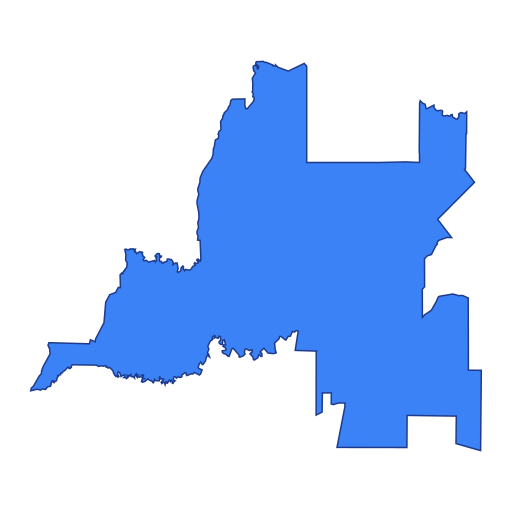 outline of Santa María, Córdoba, Argentina
{"feature_id": "61730980B95109119515520", "entity_name": "Santa María", "entity_type": "district", "adm_level": 2, "iso_a3": "ARG", "parent_name": "Argentina", "parent_adm1": "Córdoba", "projection": "equal_earth", "projection_center": [-64.536, -31.682], "detail": "fine", "context": "isolated", "style": "filled", "palette": "blue", "viewbox_px": 512, "rotation_deg": 0, "n_neighbors": 0, "source": "geoboundaries", "source_scale": "gbopen_adm2", "svg_char_len": 6052}
<svg xmlns="http://www.w3.org/2000/svg" viewBox="0 0 512 512"><path d="M124.8,249.5L125.9,254.9L125.6,259.7L126.2,261.4L127.2,262.4L126.8,267.3L124.8,269.6L124.8,270.7L123.7,271.0L122.8,273.8L122.0,273.7L121.8,273.0L120.1,274.8L120.4,287.6L118.3,287.4L115.6,292.5L109.7,294.7L105.7,302.2L104.0,322.7L95.5,339.1L95.2,341.8L90.4,339.8L89.4,343.8L48.9,342.7L48.0,345.2L49.6,349.0L50.1,353.8L43.1,366.7L41.7,370.5L41.2,374.0L39.3,375.9L33.5,386.1L31.3,388.2L30.7,390.8L37.2,389.2L40.5,390.1L42.6,388.9L45.5,389.5L47.5,386.9L50.4,386.3L51.2,384.1L51.0,383.0L52.3,381.6L52.3,380.8L53.5,381.0L53.3,382.1L54.1,382.7L55.3,381.1L56.5,380.8L57.2,377.4L58.4,376.2L57.9,375.5L60.7,374.6L60.7,373.2L62.3,372.9L63.2,371.3L64.7,370.7L67.8,367.2L68.9,367.2L68.9,368.4L69.9,368.6L71.3,367.4L71.6,365.5L72.4,364.8L96.5,365.1L98.3,366.4L101.9,365.8L103.6,366.3L105.5,365.6L106.5,366.3L106.2,367.1L107.6,367.0L108.0,368.0L110.0,367.7L113.1,371.0L113.4,372.6L114.9,375.4L115.6,375.3L115.9,376.5L117.3,376.0L117.9,377.2L118.9,376.6L117.7,374.2L117.7,372.7L118.6,371.9L119.7,372.7L121.1,376.6L122.5,375.5L124.6,375.0L124.6,376.8L123.9,377.5L126.0,377.5L126.3,378.6L127.0,378.4L127.5,376.6L128.1,377.2L128.6,376.5L127.4,375.3L130.0,375.9L130.0,374.9L131.1,374.5L130.9,375.9L131.6,376.7L133.3,376.8L134.5,378.0L134.3,376.5L136.3,373.7L136.9,374.6L136.5,375.4L137.8,375.3L136.4,376.3L137.5,377.6L137.9,377.0L139.9,377.1L142.6,374.7L143.5,375.2L143.6,375.8L142.0,377.5L144.0,378.6L142.5,378.8L141.8,380.1L141.5,381.4L142.3,381.2L142.5,382.2L145.0,381.4L147.8,379.0L150.3,380.7L151.4,380.6L153.2,382.8L153.8,382.3L153.7,381.1L154.5,380.6L154.6,379.4L155.9,380.7L159.1,380.9L159.6,376.3L160.7,379.1L163.1,378.7L163.7,379.4L161.1,382.2L161.8,383.6L163.6,382.1L164.5,382.7L165.1,384.7L165.9,382.0L166.6,381.7L166.8,383.0L167.4,383.2L169.5,380.0L170.6,381.6L171.4,380.3L172.5,381.6L172.2,383.0L173.0,383.4L174.3,381.2L175.1,380.8L173.8,380.1L173.3,378.9L174.2,376.6L175.7,376.9L176.3,378.2L178.5,376.6L179.6,377.5L181.3,377.2L181.9,376.7L181.7,375.3L185.0,372.6L186.4,373.2L186.1,374.4L186.8,375.6L191.3,373.8L192.9,374.0L194.5,372.5L199.3,375.0L200.6,374.0L202.1,369.9L198.7,368.3L198.2,366.9L199.4,363.8L200.8,362.0L202.3,364.6L203.1,364.4L205.4,361.1L206.4,357.1L207.6,355.4L209.5,356.9L209.1,355.7L207.8,355.1L207.7,354.0L208.4,353.9L207.4,352.9L208.9,349.0L207.9,346.8L208.1,345.7L210.3,341.0L212.3,339.8L212.5,336.7L214.8,335.6L215.0,336.5L214.2,338.1L215.5,337.4L218.2,338.3L219.2,336.1L220.4,336.8L220.7,339.9L219.2,341.6L219.0,342.8L220.6,344.4L222.3,344.4L222.8,340.3L224.3,339.8L225.6,344.9L223.5,344.9L223.0,346.4L225.4,347.7L226.2,349.7L225.2,350.4L222.2,350.8L222.4,352.4L223.7,353.6L225.8,354.2L228.1,356.3L229.1,356.4L231.9,348.9L233.1,348.2L238.7,354.6L239.2,355.4L239.0,356.8L239.9,357.2L243.4,355.8L245.1,353.9L244.3,352.2L245.1,349.3L246.0,348.8L249.5,350.6L252.0,349.8L252.3,351.4L251.7,352.1L251.8,352.8L251.0,352.8L250.0,353.9L252.9,357.0L253.4,359.6L254.5,360.0L257.9,357.7L258.4,355.2L259.2,354.5L260.9,356.5L261.9,356.3L261.9,353.5L260.2,351.9L263.9,348.2L268.0,353.1L273.6,353.6L275.9,353.1L276.2,352.6L275.2,349.7L274.6,343.0L279.0,338.9L279.6,336.4L280.9,336.3L285.2,339.9L286.0,339.9L288.1,336.4L290.3,336.2L292.5,331.4L294.4,332.1L296.2,330.5L298.2,331.3L295.2,350.4L316.6,351.1L316.2,351.8L316.1,415.1L322.1,412.1L322.4,392.9L331.3,392.9L331.2,404.0L333.2,404.6L338.4,403.0L344.9,403.0L344.9,406.7L337.0,447.4L406.9,447.5L407.1,415.4L456.3,416.1L456.0,443.6L480.6,450.6L481.3,370.3L468.4,370.2L468.2,298.0L462.6,295.5L458.4,295.6L452.9,294.0L439.3,296.3L438.1,297.2L436.6,301.0L431.3,310.3L424.6,314.8L422.4,317.4L422.3,289.3L424.6,286.8L424.5,258.9L427.0,256.0L431.4,254.5L436.1,245.3L437.2,244.4L437.1,242.7L438.5,240.5L446.8,237.5L451.6,237.6L437.6,219.3L474.5,182.3L464.5,169.4L465.5,168.7L466.0,133.8L466.6,133.6L466.7,111.8L464.6,113.5L461.0,112.5L458.8,113.8L458.8,116.6L457.5,118.9L456.4,119.2L452.6,117.0L452.1,114.5L451.1,114.7L449.7,116.4L447.4,115.4L444.2,116.1L442.3,115.1L442.1,113.8L442.7,111.7L442.2,110.7L441.6,110.3L436.5,110.7L434.0,107.6L434.0,105.1L426.6,108.8L425.7,107.9L425.8,106.6L425.0,104.2L422.9,103.3L420.2,100.7L419.6,103.3L419.2,152.7L419.5,153.2L419.5,162.5L406.1,161.9L379.3,162.5L306.7,162.5L306.7,66.2L304.2,63.4L288.3,71.1L278.1,67.3L275.5,64.9L275.5,66.0L273.0,65.9L273.0,65.1L266.3,62.3L264.4,62.4L263.4,61.4L256.4,61.7L255.8,62.8L255.9,64.3L258.5,66.0L258.4,68.5L257.4,68.9L257.1,67.1L255.6,64.9L253.4,66.1L253.1,67.5L253.8,71.0L255.5,72.9L252.3,78.4L252.8,83.2L252.7,90.8L252.1,91.8L253.3,93.8L252.8,96.8L254.0,97.2L254.2,98.1L253.6,101.2L247.3,108.7L245.8,108.7L244.8,105.2L244.9,98.9L232.3,99.2L230.8,100.5L230.0,104.9L228.2,107.5L227.9,109.2L224.1,113.0L224.1,113.8L222.9,115.6L222.8,118.0L220.6,121.4L221.0,129.9L219.2,131.2L218.0,134.3L218.8,135.4L218.3,138.4L215.4,139.9L214.2,147.1L213.4,148.6L213.1,154.3L211.8,158.4L202.9,171.2L200.1,178.0L199.9,182.3L197.8,188.7L197.9,191.2L198.8,194.0L197.1,200.4L197.0,203.5L198.7,212.1L199.0,216.3L198.8,219.5L197.8,222.4L198.5,227.6L197.0,231.4L197.0,233.7L198.1,235.9L197.6,240.1L200.1,240.4L200.9,259.6L200.4,259.8L200.3,261.2L199.5,261.1L198.2,259.1L197.2,259.3L196.7,260.3L198.3,262.1L198.2,262.8L196.6,263.5L194.7,262.7L194.2,263.8L195.2,265.4L192.6,266.5L191.4,268.8L189.6,270.2L185.3,269.4L184.6,270.7L183.3,269.0L183.5,266.7L182.8,266.0L181.1,267.8L180.9,270.2L180.3,271.1L177.9,272.5L177.3,271.4L178.1,268.5L177.1,263.0L175.3,263.0L172.9,264.6L173.2,262.9L172.6,261.2L171.3,259.6L168.5,259.0L167.3,259.1L166.9,261.3L164.1,262.2L162.9,263.5L162.3,263.3L161.5,261.5L160.0,261.5L159.4,260.8L159.7,257.3L161.0,257.2L161.5,256.2L159.6,255.7L159.4,253.7L157.3,253.5L155.0,256.0L156.7,257.0L155.9,257.9L156.7,260.2L155.4,262.0L154.6,260.5L148.5,262.1L146.4,260.3L143.9,260.8L143.2,259.7L144.7,257.4L143.1,256.1L142.1,253.4L142.6,252.8L142.3,252.2L139.6,251.7L136.5,253.7L135.7,251.7L134.7,251.8L135.3,249.4L134.2,250.1L134.0,249.1L132.9,248.7L131.5,249.3L130.6,248.8L127.9,250.0L126.0,249.1L124.8,249.5Z" fill="#3b82f6" stroke="#1e3a8a" stroke-width="1.5"/></svg>